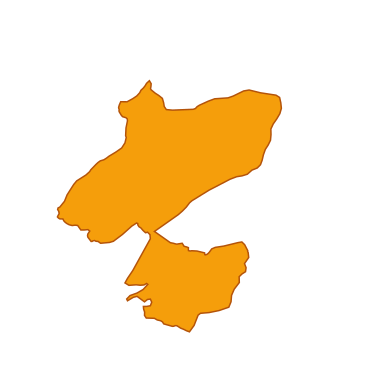 an SVG outline of Manyara, rotated 236°
{"feature_id": "TZA-3392", "entity_name": "Manyara", "entity_type": "Region", "adm_level": 1, "iso_a3": "TZA", "parent_name": "United Republic of Tanzania", "parent_adm1": "", "projection": "equal_earth", "projection_center": [36.5, -4.726], "detail": "fine", "context": "isolated", "style": "filled", "palette": "amber", "viewbox_px": 384, "rotation_deg": 236, "n_neighbors": 0, "source": "natural_earth", "source_scale": "10m", "svg_char_len": 2745}
<svg xmlns="http://www.w3.org/2000/svg" viewBox="0 0 384 384"><g transform="rotate(236 192 192)"><path d="M235.9,304.3L225.3,315.8L221.4,317.5L216.3,315.5L211.4,312.9L207.8,308.6L205.2,303.1L203.0,297.4L200.1,292.6L195.4,289.6L191.0,286.0L188.4,281.5L186.3,276.6L182.9,272.0L179.1,267.9L176.3,264.0L175.4,259.5L176.6,254.0L175.8,247.8L177.4,242.5L179.7,237.6L181.3,230.7L184.0,207.1L184.8,187.1L184.4,183.9L182.7,178.9L181.6,173.5L180.9,168.0L180.3,138.8L162.1,145.7L159.9,147.9L158.1,149.4L157.3,150.2L155.0,155.2L151.4,155.1L149.6,156.7L147.9,157.9L146.6,157.0L145.4,156.3L144.2,157.4L143.4,159.0L140.3,163.1L134.5,168.4L132.9,167.6L132.3,168.1L131.9,169.8L132.1,171.5L132.5,173.0L133.8,176.5L133.1,180.3L129.4,188.1L124.3,201.9L122.7,205.4L118.9,206.2L112.2,205.4L111.4,204.8L110.4,204.7L106.0,202.4L103.3,195.5L99.0,194.5L96.0,191.8L96.1,187.6L95.4,183.7L90.5,180.6L87.8,172.6L84.2,167.0L79.2,163.0L75.9,158.1L78.6,148.1L82.5,138.7L86.7,131.2L86.5,128.2L80.2,119.1L77.5,111.7L80.1,109.8L82.8,108.3L85.4,106.5L89.6,104.7L90.7,103.2L90.9,101.8L91.6,100.6L98.5,94.8L100.8,94.9L102.8,94.0L105.4,91.6L108.3,90.2L113.1,83.6L116.2,83.6L119.0,85.6L122.0,86.4L124.3,87.7L122.4,90.6L121.0,93.9L123.2,97.0L126.5,97.6L127.8,95.0L127.5,91.2L136.2,88.1L137.5,84.5L137.9,77.7L139.8,78.0L140.8,82.7L139.0,89.8L138.5,97.0L140.1,103.7L141.6,103.2L141.8,100.2L143.7,96.9L146.3,93.8L149.9,87.5L154.1,85.6L156.5,90.3L160.0,99.0L176.5,131.3L180.1,133.3L183.5,132.7L184.2,130.7L187.5,129.9L190.9,129.5L192.9,128.6L195.0,128.7L196.2,129.4L197.3,128.7L197.4,123.0L195.7,110.6L195.1,99.3L196.3,95.4L200.6,87.6L202.0,87.0L203.4,86.6L204.9,84.8L206.3,84.1L206.9,82.5L206.9,81.5L207.4,80.7L212.7,80.4L214.1,80.9L215.4,82.1L216.8,85.4L219.0,84.7L220.8,81.4L222.7,78.6L228.2,78.5L229.9,76.5L231.2,73.9L233.6,71.8L236.1,70.5L237.9,69.9L239.8,69.6L241.8,69.9L243.7,67.3L245.2,66.7L246.6,66.5L247.5,68.0L248.4,69.8L250.5,70.7L252.6,70.8L253.7,72.1L253.4,73.9L255.6,81.1L259.5,86.9L262.2,93.1L264.4,98.2L265.7,102.6L265.4,113.5L266.1,118.5L267.0,120.5L268.6,128.0L269.0,130.6L269.1,133.4L268.0,136.9L267.9,140.0L268.1,143.2L267.7,150.8L267.8,158.3L270.2,163.9L274.0,168.0L275.7,168.4L282.0,173.1L287.1,178.3L288.9,179.2L290.5,178.8L293.2,176.6L294.9,176.3L299.3,176.5L300.3,177.0L301.0,177.7L302.5,178.1L303.2,178.5L304.8,180.4L306.7,183.4L303.1,188.6L302.5,195.1L302.5,199.9L303.5,204.1L304.9,206.6L305.4,209.8L306.3,212.6L307.5,215.1L308.1,218.9L304.6,218.7L302.6,217.1L300.7,215.3L299.4,215.3L294.4,216.8L290.7,218.4L286.2,219.8L281.9,218.4L278.4,216.8L274.7,216.8L270.7,221.7L259.9,239.2L259.3,241.5L259.9,244.0L259.8,246.8L258.2,256.3L256.6,262.9L249.9,274.5L248.5,279.8L246.9,291.3L244.6,296.4L235.9,304.3Z" fill="#f59e0b" stroke="#b45309" stroke-width="1.5"/></g></svg>